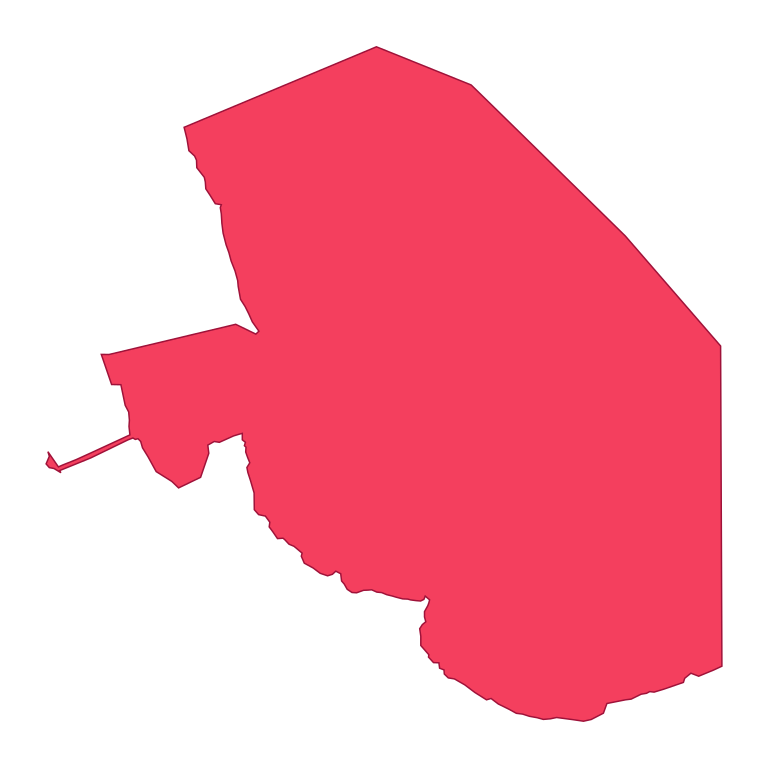 outline of Ngetkib, Palau
{"feature_id": "81905179B7485238607741", "entity_name": "Ngetkib", "entity_type": "district", "adm_level": 2, "iso_a3": "PLW", "parent_name": "Palau", "parent_adm1": "", "projection": "orthographic", "projection_center": [134.51, 7.364], "detail": "fine", "context": "isolated", "style": "filled", "palette": "rose", "viewbox_px": 768, "rotation_deg": 0, "n_neighbors": 0, "source": "geoboundaries", "source_scale": "gbopen_adm2", "svg_char_len": 2288}
<svg xmlns="http://www.w3.org/2000/svg" viewBox="0 0 768 768"><path d="M184.1,127.3L187.0,139.0L188.9,150.7L194.6,156.0L196.5,160.2L196.8,167.7L204.3,177.3L205.3,181.9L205.8,188.8L210.1,195.3L215.3,203.7L221.3,204.7L220.3,207.6L221.3,213.8L221.9,223.4L222.3,226.6L223.1,233.1L226.1,244.8L228.9,252.6L231.1,260.9L235.0,270.8L237.7,280.6L238.2,286.4L240.5,299.3L245.1,306.5L248.8,313.9L252.3,321.8L258.9,331.2L255.8,334.1L235.7,324.3L109.0,354.5L101.3,354.4L111.6,384.5L120.9,384.7L125.2,405.3L128.7,412.0L129.4,420.3L129.0,426.5L129.9,434.9L89.6,453.5L76.2,459.6L62.7,465.0L58.4,466.9L47.9,451.7L49.0,455.2L49.3,456.4L46.1,463.9L49.3,467.6L54.0,468.5L55.0,469.1L60.9,472.7L59.6,470.6L90.8,457.9L128.1,439.8L132.9,438.0L135.3,439.4L138.0,438.7L140.7,441.5L142.5,447.8L148.0,456.7L156.2,471.6L171.8,481.4L178.6,487.9L200.6,477.3L208.8,453.3L207.8,445.1L214.2,441.5L219.4,442.3L233.6,435.9L239.5,434.1L242.3,433.4L242.3,439.8L245.4,442.3L244.4,445.7L246.0,447.2L245.7,452.0L247.6,457.4L249.8,462.8L246.9,467.5L247.9,472.6L250.5,480.6L254.1,492.9L254.3,509.7L258.6,514.6L262.1,515.4L265.4,516.1L269.8,522.2L269.2,526.9L272.7,531.6L277.5,538.6L283.0,538.2L284.7,539.6L289.0,544.2L294.0,546.3L302.1,553.1L301.3,556.2L304.3,563.2L313.0,567.9L320.2,573.3L327.6,575.8L332.4,574.3L335.8,571.2L340.7,573.7L341.6,581.0L344.2,584.0L347.2,589.3L352.0,592.5L356.6,592.8L363.5,590.3L368.0,590.1L371.7,589.8L376.8,592.1L381.7,592.6L386.8,594.7L392.2,596.0L396.2,597.2L402.8,598.9L407.8,599.1L410.6,599.9L415.9,600.6L420.6,601.0L423.9,599.4L425.2,596.1L429.6,599.8L428.9,602.7L427.8,605.7L424.5,611.6L424.5,617.0L425.8,621.8L422.4,624.5L419.7,628.7L420.8,636.3L420.8,645.5L428.8,654.7L428.5,657.1L433.5,662.6L438.9,662.8L439.6,668.2L444.0,669.9L444.3,674.0L448.3,677.9L454.4,678.9L464.7,684.8L474.9,692.5L486.5,699.8L491.1,698.5L498.3,704.0L508.7,709.1L516.3,713.3L522.6,714.1L529.4,716.3L537.2,717.7L543.3,719.4L550.4,718.8L556.6,717.5L572.6,719.6L583.5,721.2L591.2,719.5L603.4,713.2L606.9,703.5L619.0,701.1L625.6,699.8L631.2,699.1L641.1,694.2L646.5,693.3L649.7,691.6L654.1,692.1L663.7,689.2L683.4,682.4L684.7,678.3L690.9,673.2L698.7,676.2L713.7,670.0L721.9,666.2L720.6,346.0L625.4,236.1L556.2,168.2L506.4,119.4L471.2,85.0L376.4,46.8L184.1,127.3Z" fill="#f43f5e" stroke="#9f1239" stroke-width="1.5"/></svg>